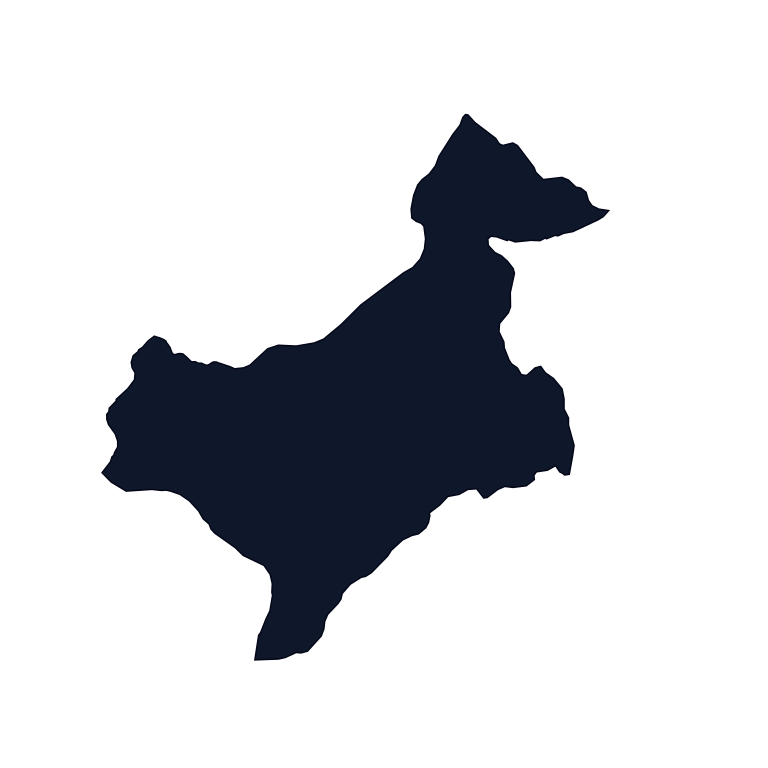 Comitancillo, San Marcos, Guatemala, rotated 47°
{"feature_id": "79465075B17220282453163", "entity_name": "Comitancillo", "entity_type": "district", "adm_level": 2, "iso_a3": "GTM", "parent_name": "Guatemala", "parent_adm1": "San Marcos", "projection": "natural_earth1", "projection_center": [-91.754, 15.119], "detail": "fine", "context": "isolated", "style": "filled", "palette": "ink", "viewbox_px": 768, "rotation_deg": 47, "n_neighbors": 0, "source": "geoboundaries", "source_scale": "gbopen_adm2", "svg_char_len": 2930}
<svg xmlns="http://www.w3.org/2000/svg" viewBox="0 0 768 768"><g transform="rotate(47 384 384)"><path d="M576.4,310.1L565.2,295.1L558.6,286.9L540.0,277.2L534.6,272.2L525.1,269.4L517.7,262.5L509.0,257.1L495.6,256.3L485.8,258.4L478.0,257.4L475.3,262.5L475.1,273.5L473.3,275.4L470.7,277.2L463.1,275.5L456.3,277.0L451.7,276.2L439.6,271.4L435.0,267.7L424.2,264.3L418.5,258.2L416.7,244.4L413.9,238.9L403.2,229.2L392.1,213.2L387.7,210.8L378.3,210.0L370.5,210.7L363.4,213.3L353.7,213.2L348.7,209.1L348.8,205.1L353.2,201.2L363.1,196.1L363.4,194.4L369.6,191.1L379.1,178.6L385.6,172.1L387.1,166.6L388.6,166.1L392.0,157.4L394.3,155.7L396.2,150.0L401.3,142.0L409.9,115.5L411.1,109.6L410.4,101.4L402.5,107.7L395.4,110.3L389.2,109.4L381.6,105.5L374.9,106.5L370.8,109.4L360.6,110.0L354.3,112.9L343.1,128.1L332.9,128.6L327.9,126.6L300.7,123.8L295.6,125.4L290.6,134.4L287.1,135.9L280.6,134.8L254.8,139.2L244.4,139.1L242.5,140.7L242.8,144.5L246.6,152.0L248.4,163.2L255.0,188.5L259.5,197.5L261.3,207.7L260.5,216.6L261.4,223.6L266.3,233.6L274.5,244.8L281.6,250.4L287.0,249.5L291.8,247.2L295.8,247.2L306.2,254.6L312.9,262.4L317.4,272.2L318.5,283.7L316.1,293.5L310.4,347.0L311.3,375.2L310.0,397.6L306.4,407.1L296.5,422.2L287.2,431.3L283.6,434.8L278.9,445.1L278.8,469.3L276.4,475.7L271.0,482.9L267.2,484.4L265.1,485.5L257.5,489.6L256.0,490.5L253.6,491.6L251.6,493.6L251.0,495.3L250.5,498.7L249.5,500.9L247.9,501.7L246.6,502.4L244.4,503.2L242.8,505.0L241.6,505.9L239.0,506.8L237.7,508.3L236.7,509.6L234.3,509.9L232.4,509.9L228.7,510.1L227.1,510.3L224.8,510.6L222.9,512.1L221.4,513.9L220.6,515.6L219.9,517.2L217.4,518.0L215.3,517.2L213.7,516.6L211.8,515.7L209.4,515.3L207.7,515.0L205.7,514.9L203.5,514.2L200.5,515.1L197.0,516.7L194.1,518.5L192.4,519.3L191.6,526.8L192.5,535.7L191.7,540.1L192.6,541.8L192.3,548.2L195.7,554.0L200.3,557.1L206.2,558.5L210.8,563.7L212.7,574.7L212.6,590.3L213.8,591.6L214.3,601.4L216.6,604.0L217.1,607.4L220.8,610.8L225.7,613.1L237.2,614.6L244.1,617.7L248.4,621.7L250.4,627.8L251.8,630.1L251.8,632.8L254.3,636.9L256.6,650.7L269.7,650.4L286.5,645.6L302.8,625.6L310.0,619.4L313.2,615.6L316.5,613.3L325.5,608.5L336.7,606.0L350.3,606.1L359.3,608.2L367.1,607.4L372.0,609.4L377.6,609.5L402.3,604.4L413.4,603.9L434.8,595.5L445.6,597.1L453.9,601.9L459.9,608.1L462.5,609.6L472.1,622.1L475.4,630.6L481.6,643.6L482.2,646.9L497.7,666.6L513.2,648.7L516.7,642.7L520.4,631.4L524.1,628.1L527.2,622.1L525.5,601.7L522.1,595.0L517.2,589.3L514.1,582.3L513.1,567.2L512.0,562.3L508.7,557.4L507.4,545.2L509.8,532.5L512.1,528.7L513.4,522.0L512.3,498.6L510.6,492.1L510.7,476.5L513.8,466.9L517.1,461.0L517.6,451.5L515.6,445.9L511.5,440.2L509.2,438.9L510.5,425.7L509.8,414.0L515.9,404.4L518.3,394.5L523.8,387.7L535.4,388.8L537.4,385.9L538.7,372.7L541.3,365.5L547.6,360.2L555.5,349.3L556.4,339.2L553.0,336.7L552.2,332.4L558.5,323.3L560.7,314.2L568.2,315.4L571.1,314.3L573.7,314.0L576.4,310.1Z" fill="#0f172a" stroke="#020617" stroke-width="1.5"/></g></svg>